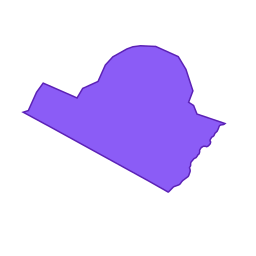 outline of Abbeville, South Carolina, United States of America, rotated 249°
{"feature_id": "52423323B54775259864963", "entity_name": "Abbeville", "entity_type": "district", "adm_level": 2, "iso_a3": "USA", "parent_name": "United States of America", "parent_adm1": "South Carolina", "projection": "equal_earth", "projection_center": [-82.57, 34.249], "detail": "fine", "context": "isolated", "style": "filled", "palette": "violet", "viewbox_px": 256, "rotation_deg": 249, "n_neighbors": 0, "source": "geoboundaries", "source_scale": "gbopen_adm2", "svg_char_len": 1087}
<svg xmlns="http://www.w3.org/2000/svg" viewBox="0 0 256 256"><g transform="rotate(249 128 128)"><path d="M53.8,142.5L53.9,143.2L56.6,149.0L56.8,149.8L56.7,154.8L56.8,155.6L57.1,156.6L58.7,159.0L59.4,160.5L61.1,166.6L61.7,167.5L65.0,170.3L66.3,170.9L67.6,171.1L68.6,171.1L69.1,171.3L70.3,172.9L72.9,174.0L73.6,174.7L75.7,178.5L76.0,181.0L77.5,183.3L78.0,183.7L78.3,185.0L78.5,185.2L79.8,186.2L80.4,186.5L81.6,186.9L81.9,187.2L83.5,189.4L83.7,190.0L83.6,190.7L83.8,191.0L83.9,191.8L83.2,193.7L82.4,194.6L82.3,195.8L82.8,197.3L83.8,199.1L85.2,200.1L85.9,200.2L86.6,199.9L87.8,200.7L89.3,202.7L89.5,203.3L89.6,204.3L90.1,205.5L91.9,207.3L93.0,210.0L94.9,212.0L96.9,213.7L97.4,214.4L97.6,215.5L97.0,218.4L97.1,219.3L97.4,220.2L108.0,207.4L116.3,197.4L125.5,197.3L130.3,193.8L139.4,201.9L161.9,203.1L176.6,200.5L194.2,183.1L200.3,169.1L202.1,161.6L202.2,155.3L199.9,139.4L194.9,129.4L182.2,116.7L181.2,99.9L174.3,91.2L187.8,77.6L200.3,64.9L194.2,55.5L180.0,41.2L180.3,35.8L161.7,51.7L158.6,54.4L157.3,55.5L71.1,128.3L53.8,142.5Z" fill="#8b5cf6" stroke="#5b21b6" stroke-width="1.5"/></g></svg>